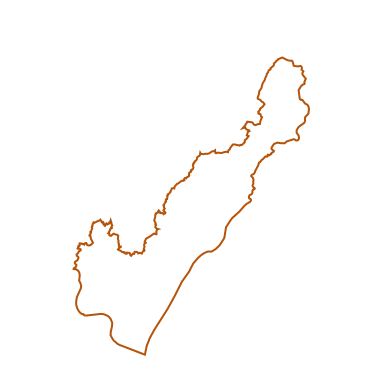 the district of Shannon Lea-7, Clare, Ireland, rotated 307°
{"feature_id": "5873133B70608760855162", "entity_name": "Shannon Lea-7", "entity_type": "district", "adm_level": 2, "iso_a3": "IRL", "parent_name": "Ireland", "parent_adm1": "Clare", "projection": "natural_earth1", "projection_center": [-8.747, 52.732], "detail": "fine", "context": "isolated", "style": "outline", "palette": "amber", "viewbox_px": 384, "rotation_deg": 307, "n_neighbors": 0, "source": "geoboundaries", "source_scale": "gbopen_adm2", "svg_char_len": 6075}
<svg xmlns="http://www.w3.org/2000/svg" viewBox="0 0 384 384"><g transform="rotate(307 192 192)"><path d="M299.6,245.0L301.2,243.2L302.3,239.9L304.3,238.4L307.5,238.0L308.9,238.2L314.6,240.0L316.8,239.6L318.8,237.8L320.1,237.3L324.1,237.8L325.1,237.6L328.9,235.3L330.4,233.5L331.1,231.6L330.7,228.9L332.0,224.8L331.8,224.2L331.1,223.7L331.1,222.2L337.4,215.9L341.8,215.4L344.2,215.7L345.9,216.8L346.5,216.6L347.5,215.5L351.0,214.7L352.0,210.5L352.7,209.1L353.4,208.6L355.4,208.3L355.6,205.9L357.5,204.9L358.1,203.6L357.8,202.6L356.2,201.2L354.2,197.8L354.1,197.0L355.5,195.6L356.9,193.4L357.0,192.7L355.5,190.7L354.7,188.8L353.7,183.1L349.7,180.8L349.1,181.0L347.2,180.4L346.5,180.6L344.2,180.1L343.6,180.2L342.8,181.0L341.4,181.0L338.1,180.2L337.2,180.9L335.4,180.1L332.9,180.8L331.6,180.6L329.9,181.4L327.6,181.8L325.1,182.7L321.4,183.0L316.4,185.0L313.2,185.0L310.1,186.7L307.0,187.6L306.1,188.3L306.6,191.4L306.1,193.1L306.4,195.0L305.8,197.1L302.6,197.1L299.3,196.3L298.4,196.9L296.0,196.6L295.6,197.5L294.8,197.5L294.6,197.8L295.3,199.9L293.8,201.8L293.9,202.9L290.2,203.8L287.1,205.3L286.0,203.9L283.8,202.6L283.2,201.5L283.1,201.0L283.9,198.3L281.5,193.9L280.9,193.8L279.9,194.2L278.7,194.0L276.8,194.6L275.6,194.2L273.5,194.1L274.7,194.9L275.4,196.0L275.0,196.5L274.8,198.2L275.6,200.5L275.3,201.2L273.7,200.5L270.2,201.7L270.7,203.6L266.9,203.6L265.7,203.0L265.0,203.0L264.0,203.9L263.1,204.2L262.7,203.9L261.3,203.9L259.4,203.4L258.7,202.2L257.7,202.1L255.7,197.5L254.4,196.0L250.4,196.0L248.7,196.5L247.3,196.0L245.5,196.8L244.9,195.3L243.2,193.7L241.1,192.3L238.6,188.5L237.4,187.9L237.4,186.9L239.2,185.3L237.9,184.9L236.0,183.3L233.6,182.7L231.8,181.4L230.8,179.9L228.9,178.1L228.1,176.7L227.9,176.0L228.3,175.0L226.0,176.2L225.1,176.1L223.5,175.3L222.4,175.4L221.0,176.2L220.4,176.3L218.8,176.1L218.1,175.7L217.4,176.1L216.6,175.8L215.9,176.4L215.3,176.0L213.7,176.7L212.6,178.3L211.0,178.9L210.1,178.8L209.9,178.4L208.8,178.1L208.5,178.6L207.8,178.5L207.7,178.9L207.1,179.0L205.6,178.2L203.7,179.3L203.6,179.8L202.6,180.0L199.9,178.7L199.4,179.1L198.6,177.9L197.0,178.0L196.6,178.8L195.5,178.1L194.7,177.0L191.1,176.0L189.2,175.1L185.9,174.9L184.2,175.7L184.0,175.0L182.6,173.7L180.7,174.4L179.5,174.4L179.2,174.8L175.5,174.5L175.4,174.2L174.7,174.7L174.1,174.4L173.3,175.3L171.3,176.4L170.6,175.7L170.2,176.0L169.7,175.9L168.8,176.9L168.5,176.6L167.3,177.0L165.9,177.0L164.7,177.5L164.2,177.2L163.1,179.0L162.6,179.2L162.3,180.2L160.1,180.2L159.6,183.1L158.7,183.4L157.9,182.8L157.2,182.6L157.6,181.7L157.1,180.3L156.6,180.2L156.1,179.1L156.2,178.5L156.9,178.1L157.2,176.5L155.9,176.6L154.8,177.1L153.6,176.1L153.0,176.0L152.3,176.6L151.7,176.4L150.0,177.6L146.6,178.9L145.2,181.8L144.3,181.9L144.0,183.3L142.5,183.4L141.6,184.2L141.5,185.7L142.0,187.2L141.6,186.9L140.6,186.9L138.9,187.3L137.1,189.0L136.5,188.8L136.2,186.9L135.3,186.4L131.0,185.1L127.1,183.4L123.8,184.1L123.7,185.6L123.2,185.7L122.2,185.1L120.7,185.7L119.6,187.1L117.4,187.7L117.0,189.1L115.9,189.2L115.7,188.7L115.1,188.5L112.6,189.0L112.0,186.9L111.1,186.3L111.1,185.9L110.6,185.8L111.0,184.9L110.9,183.9L109.7,182.2L107.8,183.1L107.2,181.9L104.4,181.8L104.6,180.4L105.5,179.5L105.8,178.8L104.5,176.6L103.3,177.0L102.9,176.5L102.8,175.9L103.1,175.7L102.7,174.7L103.2,174.5L103.0,173.6L102.3,173.0L101.9,172.2L102.2,171.1L101.5,167.5L102.9,167.4L105.3,168.2L105.6,168.0L104.6,166.5L105.5,165.5L106.5,165.1L107.1,163.8L108.9,162.6L110.1,160.9L112.7,159.4L112.8,157.8L112.1,156.7L111.6,154.5L108.3,153.7L107.8,153.0L107.9,151.7L109.0,151.1L109.4,150.3L109.0,149.9L112.0,149.5L113.1,149.0L114.4,149.5L114.7,148.9L115.2,148.8L115.4,149.1L115.6,148.7L117.3,148.5L118.1,146.7L118.5,146.3L118.9,146.3L120.4,144.1L118.6,144.8L118.1,144.8L118.0,144.3L116.5,144.7L115.2,143.9L115.7,143.0L115.5,142.5L114.2,142.5L113.1,142.9L112.5,142.9L112.6,142.1L113.4,141.9L113.0,141.4L113.7,140.5L113.4,140.1L114.1,139.9L114.5,139.2L113.5,138.2L114.2,137.5L114.4,136.8L114.2,136.5L114.7,135.5L113.8,135.4L111.6,134.0L109.3,132.9L108.6,131.7L107.9,132.3L107.0,131.8L105.2,132.8L105.1,132.6L103.5,133.1L102.8,134.3L100.7,134.7L99.2,135.6L98.8,135.0L96.8,136.6L95.8,136.1L95.4,136.4L95.4,137.7L93.8,139.4L91.8,143.5L89.1,143.1L88.7,142.7L87.7,142.5L86.6,140.6L87.6,138.2L87.0,137.5L85.1,137.6L85.3,136.8L84.5,135.9L84.6,135.4L84.0,134.8L84.0,134.0L83.4,133.2L82.4,133.7L81.5,134.6L81.0,134.5L80.8,133.9L80.4,133.7L79.6,134.3L78.0,134.6L78.0,135.1L78.8,135.7L79.1,136.5L79.2,137.6L78.7,138.1L78.2,138.2L76.6,137.4L74.8,137.8L72.7,137.4L71.7,138.3L71.8,139.9L71.3,140.9L68.5,141.6L66.5,140.8L65.4,140.7L64.9,141.0L64.4,141.9L64.3,143.4L63.2,144.1L61.7,144.3L60.7,143.7L59.7,143.6L59.2,143.9L60.4,145.6L60.6,147.2L60.6,148.6L59.8,150.5L57.9,152.5L53.2,155.3L52.1,157.7L50.3,160.0L49.4,160.6L47.8,161.3L38.8,163.3L34.5,165.6L32.2,167.5L29.9,170.6L28.7,173.3L28.2,175.6L28.4,178.0L29.1,178.7L28.7,180.1L29.6,181.8L39.8,192.6L41.3,195.0L42.3,199.0L42.3,200.9L41.7,203.3L39.7,206.7L38.9,207.5L36.5,209.0L31.4,211.3L28.7,213.1L27.4,215.7L26.3,218.7L25.9,224.0L26.3,226.3L33.7,252.3L41.7,248.5L49.9,246.2L59.4,244.8L83.7,242.9L99.0,240.7L114.3,237.9L126.6,237.6L135.6,236.0L143.0,236.5L147.1,237.3L150.8,238.6L154.0,240.5L156.2,243.5L160.5,245.2L165.9,246.1L173.9,245.6L175.7,245.0L184.3,240.4L192.4,239.8L195.4,239.8L204.7,241.6L212.7,242.2L215.2,242.7L219.1,244.3L220.7,244.2L221.3,243.8L221.6,242.9L221.3,241.8L221.5,241.2L222.5,240.3L223.6,239.9L224.5,240.0L225.5,240.7L226.7,241.0L228.0,240.5L229.1,239.7L230.4,239.3L231.6,240.1L232.6,240.0L232.9,239.0L232.7,238.2L233.5,236.5L235.9,235.8L237.1,234.6L238.7,233.9L240.1,231.8L240.1,230.3L240.5,229.6L241.3,229.4L244.0,230.5L245.2,230.4L247.0,229.8L252.9,228.9L255.9,227.8L256.9,228.4L259.3,228.3L260.9,228.9L264.5,229.2L265.3,230.6L268.2,229.9L267.8,230.2L267.4,231.4L270.0,232.4L270.2,232.0L271.6,232.2L273.0,232.9L274.1,232.7L274.1,229.9L274.6,229.3L275.3,228.9L277.7,228.6L280.0,228.7L282.9,230.6L284.2,233.2L286.7,236.7L289.4,237.2L295.4,241.5L295.7,242.1L295.8,244.2L296.5,245.0L297.7,245.5L299.6,245.0Z" fill="none" stroke="#b45309" stroke-width="2"/></g></svg>